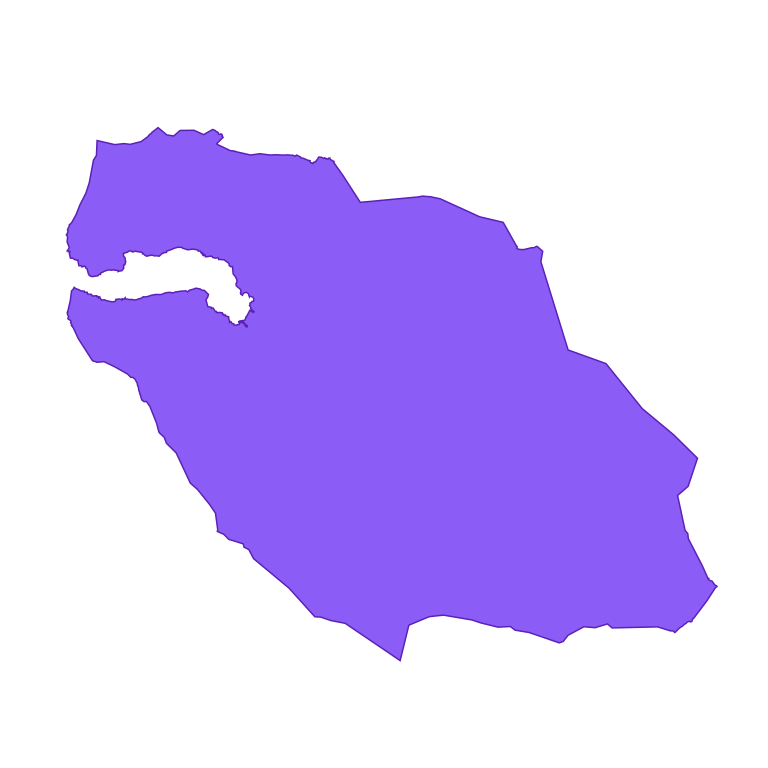 Sauda nor, Rogaland, Norway, rotated 83°
{"feature_id": "86288312B22433756147713", "entity_name": "Sauda nor", "entity_type": "district", "adm_level": 2, "iso_a3": "NOR", "parent_name": "Norway", "parent_adm1": "Rogaland", "projection": "mercator", "projection_center": [6.323, 59.704], "detail": "fine", "context": "isolated", "style": "filled", "palette": "violet", "viewbox_px": 768, "rotation_deg": 83, "n_neighbors": 0, "source": "geoboundaries", "source_scale": "gbopen_adm2", "svg_char_len": 6145}
<svg xmlns="http://www.w3.org/2000/svg" viewBox="0 0 768 768"><g transform="rotate(83 384 384)"><path d="M107.4,639.1L122.2,641.6L126.4,645.1L148.3,652.0L158.2,656.6L169.0,663.9L178.2,668.9L185.2,673.9L186.8,675.5L187.5,676.9L188.5,677.0L192.4,679.4L193.9,679.0L196.7,680.3L196.6,680.6L197.2,681.1L199.3,680.1L204.4,681.2L210.0,679.8L211.4,680.5L213.1,682.1L213.2,681.3L214.3,681.3L214.3,679.6L216.5,680.4L220.9,679.9L221.1,678.2L221.6,677.1L222.7,676.0L223.7,673.7L223.9,672.6L225.0,672.8L229.4,672.4L229.9,669.6L231.0,669.5L230.6,667.3L230.8,666.2L232.5,665.9L233.5,664.7L238.5,664.0L240.1,663.4L241.4,661.9L241.9,660.2L241.7,654.7L240.5,653.7L240.7,652.0L239.1,651.5L238.7,649.3L238.1,648.2L237.4,644.9L237.3,642.2L237.8,641.0L237.7,638.3L238.2,637.7L238.9,634.3L240.0,634.3L239.7,633.2L239.6,630.4L237.6,628.3L234.2,627.9L234.2,626.8L231.4,625.5L227.0,625.7L225.4,626.9L222.6,626.7L222.2,624.0L221.6,621.8L221.0,621.2L220.9,619.6L222.4,617.1L221.8,615.1L223.8,608.4L225.0,607.3L225.4,607.6L225.6,606.9L227.2,605.5L228.3,603.8L228.0,602.7L227.8,598.3L228.8,596.6L229.2,593.2L229.7,592.1L229.7,591.5L227.4,588.3L227.3,587.2L226.8,586.7L226.9,583.9L225.9,583.7L225.5,582.7L224.4,577.7L223.7,575.7L223.2,572.0L223.6,568.7L223.9,567.9L224.6,567.4L226.9,562.4L226.8,557.4L228.1,552.8L229.5,552.2L229.4,550.5L231.9,549.3L231.6,548.2L233.2,548.2L233.2,547.1L233.7,547.0L233.8,548.2L234.3,547.9L234.6,547.6L234.5,547.0L234.2,545.9L235.9,545.8L236.1,544.7L236.0,540.9L236.2,539.2L237.5,538.6L238.5,536.3L238.5,534.7L238.7,533.0L240.3,532.9L240.5,530.7L241.0,529.6L241.0,527.9L245.4,523.2L247.7,523.2L248.0,522.5L248.8,522.0L249.0,520.4L249.2,520.1L256.4,520.3L259.1,518.6L260.2,518.0L261.3,517.9L261.8,517.4L265.0,517.5L266.3,518.6L268.5,518.7L272.8,514.8L275.8,514.8L276.2,515.4L277.5,515.1L278.7,513.7L277.5,513.0L276.3,511.3L276.2,510.4L276.8,508.5L277.9,507.6L281.0,507.0L280.5,506.7L281.6,503.8L282.9,503.0L285.0,503.0L286.0,503.6L285.9,504.9L287.0,505.8L287.3,507.1L289.3,507.5L289.6,507.9L291.8,506.8L293.0,507.2L296.5,504.2L297.1,505.0L294.5,508.2L300.9,512.6L300.7,512.8L303.5,514.2L303.8,514.9L303.9,519.7L304.4,520.6L305.0,520.6L305.2,520.0L304.7,518.1L305.1,516.4L305.9,515.4L308.1,514.4L309.5,512.5L310.5,512.8L310.7,513.6L309.2,514.7L306.8,515.6L305.6,517.2L305.6,519.2L306.0,520.1L307.3,520.6L307.2,521.4L307.5,523.8L307.4,525.1L307.0,525.8L305.9,525.8L305.4,527.5L303.8,528.1L303.3,529.0L303.9,529.8L302.2,529.6L300.6,530.2L298.3,530.0L297.3,532.8L296.2,532.9L296.5,534.0L296.3,534.5L295.2,534.6L295.2,535.7L293.6,535.8L292.9,538.6L292.9,540.2L292.7,541.3L291.6,541.4L291.6,542.5L287.8,544.3L287.9,546.0L286.8,546.0L285.8,549.4L278.7,550.5L276.5,548.5L273.7,547.3L269.2,550.9L268.6,553.5L267.3,554.8L266.6,557.1L266.1,558.2L266.1,560.1L266.4,560.3L267.2,565.8L268.7,567.6L267.4,569.1L267.1,574.8L267.3,580.3L267.9,582.0L266.9,585.6L266.8,588.3L267.1,591.0L267.7,592.5L268.0,594.6L267.3,599.9L267.7,605.3L268.1,606.2L268.5,609.8L268.1,612.5L269.3,614.3L269.5,617.1L270.1,618.7L270.2,620.9L269.7,623.1L269.2,624.3L269.3,625.9L268.3,628.7L268.1,630.4L266.9,630.4L267.8,631.5L267.9,632.6L268.7,633.7L267.6,633.7L268.0,634.8L267.4,636.0L267.3,639.8L268.4,640.1L269.3,640.9L269.4,643.6L267.9,648.1L266.9,650.4L266.4,650.9L266.2,654.3L265.2,654.6L264.6,655.2L263.0,655.5L263.6,656.6L262.5,656.6L262.5,658.3L261.4,658.3L261.1,662.8L259.4,663.4L259.2,664.5L259.2,665.6L258.7,666.2L258.5,667.3L256.8,667.4L256.4,670.2L255.3,670.2L254.6,673.6L253.1,675.5L251.8,678.3L250.3,679.7L252.3,681.2L253.6,682.8L263.0,685.2L273.1,688.9L274.1,689.6L274.4,689.2L275.8,689.8L278.9,688.8L280.3,689.8L280.7,689.7L281.4,689.2L282.7,687.4L283.9,687.0L284.5,687.5L285.2,687.5L287.2,686.6L287.6,687.0L287.8,686.6L288.5,686.7L290.3,685.6L301.7,681.9L325.4,670.5L327.5,665.9L327.7,659.2L333.7,649.8L342.8,637.4L346.4,634.6L346.9,632.5L348.5,630.7L353.4,628.8L355.4,628.8L357.9,628.1L359.9,628.2L370.4,626.3L372.3,624.3L372.4,621.9L378.1,619.0L395.2,614.5L404.2,613.3L405.5,612.6L410.0,608.7L416.4,607.1L427.0,598.7L458.8,588.3L465.9,582.0L481.8,572.1L491.6,567.0L508.1,566.8L510.0,567.4L513.8,561.2L519.3,557.0L525.5,543.2L528.9,542.8L531.8,538.4L541.5,534.7L575.0,503.2L606.6,481.0L607.6,475.3L612.3,465.6L616.8,451.7L660.5,401.7L626.4,388.7L620.5,367.7L620.5,361.4L620.7,353.0L629.0,325.2L632.9,317.1L639.2,300.6L640.1,288.2L644.3,283.9L648.4,270.1L662.3,241.6L661.4,237.5L655.8,231.9L649.3,215.2L651.6,204.2L649.4,191.4L653.9,187.3L658.4,142.1L664.1,129.4L663.9,128.1L665.1,126.4L666.0,125.9L666.0,125.3L662.2,120.4L660.3,116.6L659.1,115.3L658.6,113.7L657.4,112.2L656.7,110.8L657.5,108.5L657.1,107.3L655.3,106.6L654.0,104.9L638.5,89.9L626.7,80.0L625.7,78.2L625.2,78.2L623.6,80.3L619.8,82.3L618.5,84.7L617.0,86.1L616.5,85.5L616.2,86.2L603.2,90.2L574.6,100.8L569.6,100.7L565.9,103.0L530.4,106.2L522.6,94.6L495.9,81.9L469.6,102.8L439.9,130.7L390.8,161.2L372.7,197.1L281.7,213.4L271.6,210.3L266.0,215.3L266.2,216.5L267.0,218.3L266.7,220.6L267.6,228.6L267.2,231.8L266.6,234.0L266.0,235.3L265.5,235.6L264.1,235.0L263.4,235.6L238.1,246.0L229.7,268.7L207.1,305.5L203.9,314.7L202.2,322.9L202.5,327.3L200.8,385.4L172.5,399.1L158.0,406.9L157.1,406.4L154.8,409.7L154.0,410.2L153.2,410.1L153.1,411.6L153.9,412.1L154.0,412.6L153.2,413.7L153.1,414.7L152.3,415.1L152.2,415.5L152.6,416.1L152.7,416.7L151.3,418.4L151.2,419.6L150.9,420.4L150.9,421.4L152.1,422.0L154.4,424.3L154.7,424.2L155.3,425.0L155.1,425.8L155.7,427.1L156.4,427.4L156.4,428.0L155.7,428.7L155.3,430.1L154.2,430.4L153.4,430.1L153.1,430.6L153.0,431.6L150.0,436.8L149.7,438.8L148.6,439.1L146.1,442.9L147.1,444.6L146.1,446.0L145.7,447.0L145.7,448.1L144.9,451.4L144.5,456.2L143.4,462.5L142.8,469.4L140.3,479.0L140.5,488.4L135.5,502.3L134.8,503.4L134.7,504.7L134.2,505.2L133.7,508.0L126.4,519.5L125.2,520.8L119.5,513.6L118.5,514.5L117.3,514.1L116.5,514.5L115.9,515.4L116.2,517.1L115.8,517.8L114.1,518.0L112.6,520.1L111.6,520.9L111.4,521.8L110.6,522.6L110.6,523.4L114.5,532.6L109.0,541.8L107.5,555.5L112.2,562.5L110.3,569.2L102.0,577.0L106.0,583.7L107.3,584.9L107.4,585.6L107.8,586.3L109.8,588.4L113.8,595.5L115.2,606.8L113.7,612.8L113.6,622.0L107.4,639.1Z" fill="#8b5cf6" stroke="#5b21b6" stroke-width="1.5"/></g></svg>